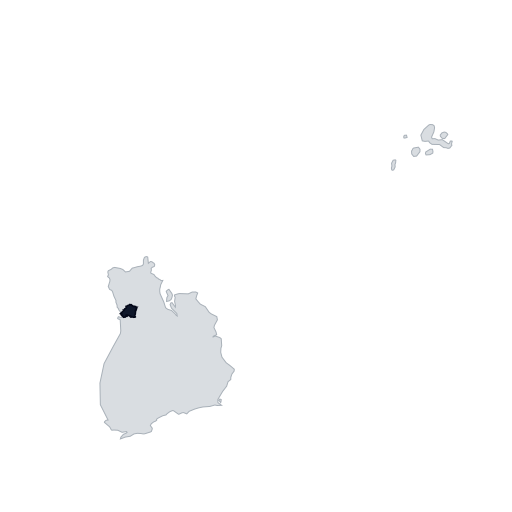 Gualaquiza, Morona Santiago, Ecuador shown in context, rotated 138°
{"feature_id": "8360857B90160317571497", "entity_name": "Gualaquiza", "entity_type": "district", "adm_level": 2, "iso_a3": "ECU", "parent_name": "Ecuador", "parent_adm1": "Morona Santiago", "projection": "albers", "projection_center": [-78.568, -3.327], "detail": "fine", "context": "in_parent", "style": "filled", "palette": "ink", "viewbox_px": 512, "rotation_deg": 138, "n_neighbors": 0, "source": "geoboundaries", "source_scale": "gbopen_adm2", "svg_char_len": 6566}
<svg xmlns="http://www.w3.org/2000/svg" viewBox="0 0 512 512"><g transform="rotate(138 256 256)"><path d="M479.2,210.8L477.6,211.8L473.9,212.2L471.0,211.2L469.8,211.2L469.7,212.2L473.5,214.6L475.3,219.0L478.0,221.7L479.7,223.0L479.8,224.0L479.3,225.7L479.1,227.2L480.0,233.8L479.4,234.2L477.3,234.2L475.7,233.1L471.2,249.6L457.0,266.0L440.9,277.7L422.4,284.4L408.7,289.1L406.6,290.8L399.9,299.1L399.6,299.9L400.5,301.3L400.6,302.2L399.6,302.8L398.8,302.9L398.4,302.4L398.1,301.4L397.2,300.4L396.1,300.1L395.5,300.4L395.5,301.3L394.1,305.8L394.0,307.9L393.4,308.8L393.5,310.7L392.1,312.5L391.0,315.5L389.9,316.5L388.5,321.1L386.4,325.7L386.3,327.3L386.9,328.4L387.1,329.3L386.2,332.2L381.5,335.0L380.2,336.3L379.7,337.9L380.0,339.2L379.9,340.2L378.4,340.6L376.8,343.3L375.6,343.9L372.6,343.0L370.4,343.0L368.7,342.1L365.3,337.7L364.0,335.1L363.7,331.5L360.3,329.3L356.0,329.8L354.7,329.0L351.5,327.5L348.8,325.8L346.7,324.9L345.1,325.3L342.5,328.2L340.1,329.5L339.0,329.5L337.5,328.6L337.2,327.6L340.9,322.6L338.1,322.5L337.2,321.4L337.0,320.1L336.6,318.8L337.1,317.2L338.6,316.3L340.7,317.0L342.2,317.0L343.2,315.5L345.2,314.3L345.6,313.5L344.5,311.1L344.2,309.7L344.5,309.0L344.4,306.3L343.8,305.3L343.8,303.8L343.2,303.0L343.0,301.2L341.6,300.2L346.1,298.4L347.7,297.1L349.7,295.8L351.4,293.9L352.6,292.0L355.3,283.5L357.8,278.1L357.3,275.5L355.2,272.0L354.8,266.9L355.0,265.3L354.7,264.1L353.3,266.3L353.7,273.8L352.4,277.3L350.7,278.1L349.6,277.5L350.2,271.9L349.0,273.0L346.9,276.7L343.6,279.5L343.5,280.4L342.7,281.6L340.1,280.5L338.1,279.4L331.7,273.2L327.5,271.9L325.0,269.7L324.5,268.8L324.1,267.5L326.7,266.2L329.4,264.4L329.6,260.6L329.6,257.5L327.6,252.3L328.5,245.5L328.0,242.9L325.7,237.2L327.4,234.4L333.3,232.3L335.2,230.9L336.5,226.4L337.9,223.8L340.6,224.8L342.6,224.7L339.8,223.7L337.5,219.7L337.2,217.8L341.5,212.3L343.8,210.9L346.7,208.0L349.0,203.6L349.6,196.6L348.6,191.7L347.9,186.4L349.3,185.1L352.9,184.4L355.9,182.7L357.4,181.1L360.9,181.3L364.9,178.9L371.4,177.7L380.4,174.9L382.4,172.5L381.5,168.1L384.8,170.8L386.3,172.8L391.0,175.1L396.4,179.3L400.0,181.4L404.0,183.3L409.6,185.3L413.1,185.0L414.6,188.1L415.9,189.0L419.2,190.0L419.5,190.4L420.8,196.2L421.5,197.0L424.3,198.0L427.8,198.3L429.2,198.1L432.2,199.7L437.0,201.0L438.7,201.2L439.4,201.0L439.7,200.4L441.1,200.5L443.2,201.2L446.1,201.4L448.0,200.7L448.3,197.5L449.0,196.8L451.2,195.6L452.3,195.9L457.8,198.4L458.9,199.3L460.3,201.1L462.9,203.7L465.7,205.4L470.1,206.2L474.3,208.9L479.2,210.8ZM42.3,209.3L44.0,211.0L45.0,216.0L50.5,221.2L51.2,224.2L50.8,225.6L51.0,226.1L53.7,228.1L55.4,230.3L52.6,235.5L46.5,237.7L39.9,237.7L38.6,237.2L36.8,235.3L36.5,233.5L37.5,231.8L40.8,229.2L46.0,226.9L46.6,225.2L44.5,223.5L43.0,220.2L39.7,217.8L38.0,210.7L36.9,210.3L34.7,211.4L33.6,210.5L33.4,210.0L35.8,208.4L36.3,207.2L39.8,206.6L41.3,207.5L42.3,209.3ZM68.1,230.7L66.7,230.8L62.5,228.2L62.7,225.6L64.4,223.8L69.8,222.8L72.2,224.5L72.0,227.6L70.2,229.9L68.7,230.3L68.1,230.7ZM346.8,288.8L346.3,289.9L343.7,289.8L343.0,289.5L343.6,284.5L344.3,282.8L346.4,281.3L348.2,280.5L350.5,280.7L352.9,282.1L350.1,284.7L347.9,285.4L346.8,288.8ZM38.2,222.6L35.5,223.1L33.2,222.2L32.2,220.8L32.0,218.6L32.2,217.9L37.2,217.0L38.9,218.8L38.9,221.5L38.2,222.6ZM93.2,234.2L90.0,235.4L88.2,234.3L88.0,233.6L89.8,231.9L91.5,231.0L93.0,229.1L95.9,227.9L96.7,228.1L97.3,228.5L97.5,229.2L96.5,230.8L94.8,231.9L93.2,234.2ZM61.5,218.8L60.2,219.7L55.0,218.8L53.4,217.2L54.7,215.1L55.8,214.2L58.9,214.9L62.0,217.3L61.5,218.8ZM65.9,246.2L64.8,246.3L63.3,245.1L64.4,243.0L66.6,244.1L67.1,244.9L65.9,246.2ZM380.1,173.7L378.6,173.9L377.9,172.6L379.7,171.0L380.4,170.7L380.1,173.7Z" fill="#d9dde1" stroke="#a8b0b8" stroke-width="1"/><path d="M395.0,303.9L394.9,303.8L394.9,303.7L395.0,303.5L395.1,303.3L395.2,303.2L395.3,303.0L395.2,303.0L395.3,302.9L395.2,302.8L395.3,302.8L395.3,302.7L395.2,302.6L395.2,302.4L395.2,302.2L395.3,302.2L395.2,302.2L395.3,302.1L395.4,301.9L395.5,301.8L395.5,301.4L395.6,301.2L395.4,300.9L395.3,300.7L395.2,300.6L395.3,300.5L395.4,300.4L395.5,300.3L395.5,300.2L395.4,300.1L395.4,299.5L395.4,299.4L395.5,299.1L395.3,298.9L395.2,298.9L394.9,298.7L394.6,298.6L394.4,298.3L394.0,298.2L393.9,298.0L393.7,298.0L393.4,298.2L393.2,298.2L393.1,298.3L393.0,298.2L393.0,298.3L392.9,298.3L392.6,298.4L392.4,298.5L392.2,298.6L392.2,298.4L392.0,298.2L391.9,298.2L391.7,298.2L391.7,298.3L391.6,298.2L391.6,298.3L391.6,298.2L391.5,298.3L391.4,298.3L391.4,298.2L391.3,298.3L391.2,298.2L391.0,297.9L390.8,297.7L390.7,297.3L390.6,297.2L390.5,296.9L390.4,296.8L390.3,296.7L390.2,296.6L390.1,296.4L390.1,296.2L390.1,295.9L389.9,295.9L389.7,295.8L389.7,295.7L389.6,295.4L389.4,295.3L389.5,295.2L389.5,294.9L389.5,294.7L389.5,294.4L389.7,294.2L389.4,294.0L389.5,294.0L389.4,293.9L389.2,293.9L389.1,293.7L388.9,293.6L388.7,293.6L388.5,293.4L388.4,293.1L388.4,292.9L388.3,292.7L388.2,292.6L388.1,292.4L387.9,292.3L387.7,292.2L387.4,291.9L387.2,291.7L386.8,291.5L386.6,291.4L386.4,291.4L386.3,291.5L386.2,292.1L386.2,292.4L385.8,293.0L385.6,293.1L385.3,293.3L385.1,293.4L384.8,293.4L384.6,293.5L384.5,293.8L384.3,293.9L383.9,294.1L383.6,294.5L383.4,294.7L383.2,294.8L382.8,295.2L382.6,295.5L382.4,295.8L382.2,296.0L382.3,296.1L382.2,296.2L382.1,296.3L382.0,296.2L381.9,296.1L381.8,295.9L381.7,295.8L381.3,296.0L381.2,296.2L381.0,296.3L380.8,296.4L380.6,296.4L380.4,296.5L380.3,296.8L380.1,296.9L380.1,297.0L379.9,297.0L379.8,296.9L379.6,297.0L379.4,297.1L379.4,297.3L379.5,297.5L379.2,297.7L378.9,297.7L379.0,297.8L379.1,298.1L379.2,298.4L379.2,298.6L379.3,298.7L379.2,299.0L379.3,299.1L379.5,299.1L379.5,299.3L379.7,299.5L379.9,299.5L380.0,299.7L380.0,299.9L380.2,300.0L380.3,300.0L380.3,300.3L380.6,300.3L380.9,300.5L381.0,300.9L381.1,301.1L381.0,301.4L381.1,301.5L380.9,301.7L380.9,301.8L381.0,301.9L381.3,302.1L381.3,302.6L381.3,302.9L381.2,303.0L381.2,303.3L381.4,303.5L381.6,303.6L381.8,303.6L382.0,303.7L382.0,303.8L382.0,304.0L382.2,304.4L382.3,304.5L382.6,304.4L382.8,304.4L383.3,304.4L383.4,304.5L383.5,304.6L383.8,304.8L384.0,304.9L384.3,305.0L384.5,305.0L384.7,304.9L384.8,304.9L385.0,304.9L385.3,304.9L385.4,305.0L385.5,305.1L385.6,305.3L385.8,305.3L386.0,305.4L386.1,305.5L386.3,305.6L386.4,305.4L386.5,305.2L386.6,304.9L386.7,304.7L386.9,304.5L387.0,304.5L387.0,304.4L387.3,304.3L387.3,304.2L387.5,304.2L387.8,304.1L388.1,304.2L388.2,304.3L388.3,304.3L388.5,304.4L388.6,304.5L388.8,304.6L389.0,304.6L389.3,304.5L389.5,304.4L389.8,304.3L390.0,304.3L390.0,304.2L390.3,304.2L390.4,304.3L390.4,304.2L390.5,304.0L392.0,304.0L395.0,303.9Z" fill="#0f172a" stroke="#020617" stroke-width="1.5"/></g></svg>